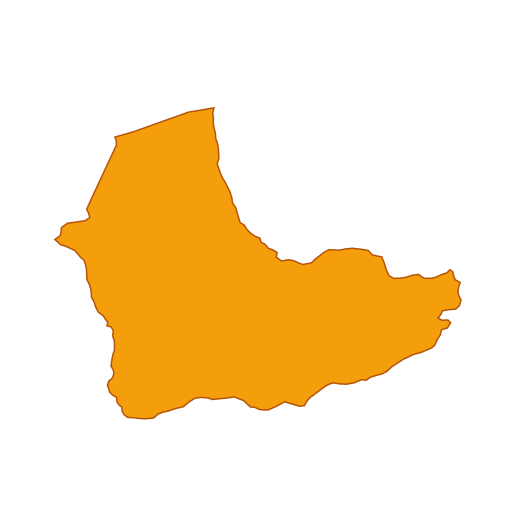 Poço Verde, Sergipe, Brazil, rotated 253°
{"feature_id": "56859067B32075559146104", "entity_name": "Poço Verde", "entity_type": "district", "adm_level": 2, "iso_a3": "BRA", "parent_name": "Brazil", "parent_adm1": "Sergipe", "projection": "equal_earth", "projection_center": [-38.14, -10.822], "detail": "fine", "context": "isolated", "style": "filled", "palette": "amber", "viewbox_px": 512, "rotation_deg": 253, "n_neighbors": 0, "source": "geoboundaries", "source_scale": "gbopen_adm2", "svg_char_len": 2683}
<svg xmlns="http://www.w3.org/2000/svg" viewBox="0 0 512 512"><g transform="rotate(253 256 256)"><path d="M411.0,155.8L407.0,156.2L402.7,154.8L365.5,121.3L359.1,115.5L350.1,107.7L346.2,108.4L341.5,108.4L339.7,102.9L342.4,85.5L340.2,78.4L336.3,76.8L332.7,74.6L330.6,68.5L327.0,70.7L323.9,72.4L321.2,76.5L317.8,80.4L314.2,84.3L309.7,86.4L306.1,87.9L302.2,90.3L297.7,90.5L293.0,90.0L288.0,88.8L283.1,87.4L277.4,88.3L272.7,88.3L269.3,87.8L264.6,86.6L259.0,87.8L253.6,87.8L248.3,88.8L243.4,92.5L239.8,93.4L235.9,94.9L232.8,93.0L230.5,96.8L226.0,97.7L221.7,95.6L215.9,95.7L210.4,94.0L207.1,93.0L204.3,90.8L199.0,87.9L193.1,85.2L188.7,86.2L185.4,85.8L181.5,83.3L179.3,78.5L175.7,76.1L172.4,76.3L168.5,76.3L164.7,78.4L161.6,81.3L157.4,80.4L153.9,81.3L150.6,83.5L146.6,82.6L142.8,83.5L139.2,86.0L137.2,91.5L135.0,96.3L132.7,102.6L131.0,110.6L133.5,116.2L133.9,121.0L133.4,127.3L133.7,134.3L133.1,142.3L135.8,148.6L137.8,155.8L136.9,161.9L134.4,168.2L131.5,172.5L130.1,179.7L128.6,187.2L127.6,194.0L124.1,198.4L121.3,202.0L116.8,204.4L113.2,206.6L111.6,210.7L108.4,214.1L106.6,218.2L105.3,222.6L105.8,227.4L106.5,232.5L108.2,240.7L104.8,245.8L102.4,249.6L99.9,253.0L98.7,258.4L102.4,262.4L104.6,265.8L106.7,271.7L109.1,278.2L111.3,284.5L112.1,288.8L112.0,293.2L109.4,298.2L106.9,305.3L106.0,313.0L106.9,320.5L105.0,325.1L106.6,329.7L106.7,335.9L106.4,342.2L107.4,347.3L110.5,353.9L112.7,361.5L114.3,367.1L114.8,371.7L115.7,376.3L115.7,381.1L115.5,385.7L116.2,391.9L116.8,397.3L118.6,401.0L123.1,404.9L126.7,409.2L131.2,411.8L131.2,417.9L135.1,422.6L138.7,420.8L140.1,415.3L143.4,411.9L146.3,416.0L149.1,418.1L148.4,424.2L146.8,431.4L149.3,436.2L154.0,439.2L159.0,438.4L163.3,438.7L167.3,440.9L171.0,443.5L175.0,439.6L179.5,439.2L183.2,439.6L186.2,437.4L184.1,433.6L184.0,427.6L183.1,422.3L183.4,417.2L185.4,410.4L191.0,405.8L191.9,399.3L191.8,392.2L192.9,386.2L194.4,381.2L198.3,377.4L204.1,376.6L208.0,376.6L212.9,376.5L218.5,376.0L220.6,371.7L223.3,367.4L228.5,364.9L232.1,357.7L235.3,350.2L236.7,343.0L237.1,337.7L238.9,332.6L240.7,327.7L239.8,322.7L237.7,316.9L235.7,311.8L233.3,307.2L234.1,298.5L236.8,294.8L240.4,290.8L242.9,286.2L243.8,278.9L249.0,275.0L253.1,277.2L256.9,274.0L259.8,270.0L264.7,268.0L267.6,264.9L272.0,264.9L275.4,260.5L279.4,257.6L284.0,255.0L288.9,253.9L292.5,250.6L296.2,250.6L302.5,250.6L307.9,250.8L313.7,249.1L318.8,249.9L324.4,249.9L329.8,249.1L333.6,248.4L337.2,247.7L340.6,246.7L344.5,246.3L350.1,246.0L355.5,245.8L360.1,249.0L366.4,250.6L372.0,251.8L375.8,252.1L379.9,251.8L385.1,253.0L390.3,253.3L395.3,253.9L400.2,255.6L404.7,256.2L410.0,259.0L413.3,233.5L412.4,213.3L410.6,173.7L411.0,155.8Z" fill="#f59e0b" stroke="#b45309" stroke-width="1.5"/></g></svg>